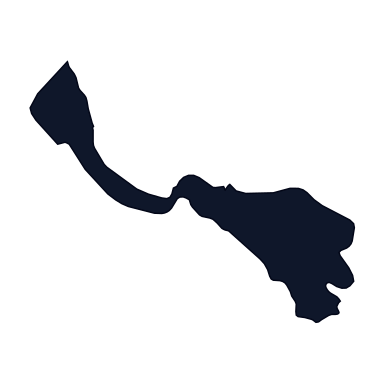 map outline of Khorezm (Robinson projection), rotated 182°
{"feature_id": "UZB-355", "entity_name": "Khorezm", "entity_type": "Region", "adm_level": 1, "iso_a3": "UZB", "parent_name": "Uzbekistan", "parent_adm1": "", "projection": "robinson", "projection_center": [60.994, 41.256], "detail": "fine", "context": "isolated", "style": "filled", "palette": "ink", "viewbox_px": 384, "rotation_deg": 182, "n_neighbors": 0, "source": "natural_earth", "source_scale": "10m", "svg_char_len": 1936}
<svg xmlns="http://www.w3.org/2000/svg" viewBox="0 0 384 384"><g transform="rotate(182 192 192)"><path d="M51.5,106.4L53.6,106.1L55.2,104.0L55.0,101.6L53.6,99.2L52.0,97.3L50.1,95.8L43.6,92.3L41.6,90.3L40.0,88.1L41.6,86.5L43.3,82.8L43.0,80.9L41.4,78.0L41.1,77.3L40.9,76.5L41.3,75.8L42.3,75.1L44.4,74.7L48.1,74.6L51.0,73.5L58.0,69.0L60.6,66.9L61.4,66.5L63.6,66.1L66.5,68.2L68.0,68.9L74.8,70.5L81.6,71.2L83.5,72.6L84.0,76.1L83.9,83.7L85.0,86.3L88.7,91.5L90.2,95.8L94.0,102.2L95.9,104.4L98.3,105.8L101.1,106.5L107.7,106.7L109.8,107.8L111.4,110.6L113.7,117.1L117.2,122.9L121.7,127.5L154.1,154.5L157.6,155.2L159.3,155.9L160.9,156.8L165.8,161.9L170.1,165.5L173.2,166.6L181.1,168.0L183.7,169.4L191.0,176.9L192.7,179.3L194.4,184.2L196.5,185.2L197.3,185.7L200.6,186.8L204.1,186.5L206.5,184.8L211.9,175.2L214.1,172.7L216.2,171.2L218.7,170.1L221.4,169.5L228.8,169.5L255.1,175.3L261.7,177.9L267.9,181.4L276.0,187.1L299.5,210.9L316.1,235.1L316.6,235.6L318.6,236.6L320.6,237.3L327.9,235.1L350.5,258.4L355.0,264.8L356.7,270.4L349.6,284.8L321.1,317.9L320.9,317.5L319.7,313.7L318.9,312.1L313.8,305.8L311.9,302.2L309.0,291.9L307.4,289.6L302.9,285.0L301.3,282.7L300.2,279.2L298.6,271.5L294.2,257.4L292.7,254.1L293.7,252.8L293.0,250.4L292.6,238.5L292.1,235.1L290.9,232.3L280.8,216.6L278.1,213.9L247.3,193.0L235.4,188.3L222.0,185.0L216.9,184.5L213.9,185.9L212.0,189.4L210.7,195.3L207.3,197.1L204.7,202.4L200.9,206.3L196.1,208.5L190.9,208.7L185.3,206.6L171.2,197.3L168.7,197.2L160.6,198.5L159.8,197.0L159.4,195.5L158.9,195.1L158.1,196.4L156.3,199.2L155.4,200.2L154.5,200.9L147.9,194.6L138.3,192.4L110.7,194.0L94.1,199.1L85.8,199.3L81.1,198.0L77.1,195.4L69.7,188.5L61.4,182.9L48.2,176.6L33.3,169.5L29.4,166.0L28.5,162.0L30.2,148.6L31.3,145.7L33.1,143.3L35.5,141.4L41.2,138.8L43.0,136.7L41.8,133.6L32.7,121.7L28.6,114.3L27.3,108.4L30.9,103.8L34.6,101.4L38.9,101.1L44.1,102.6L48.8,105.3L51.5,106.4Z" fill="#0f172a" stroke="#020617" stroke-width="1.5"/></g></svg>